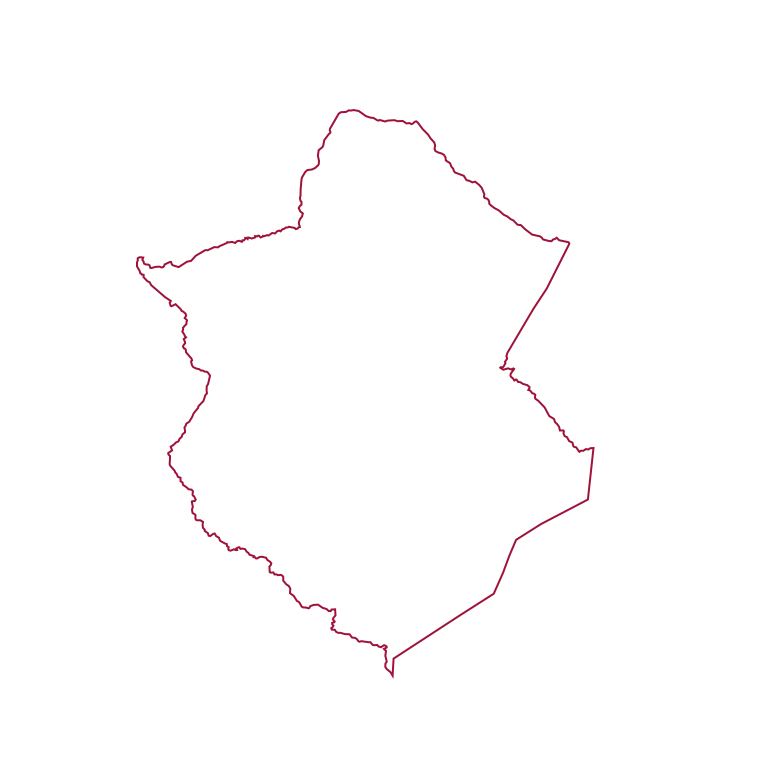 the district of Samburu East, Rift Valley, Kenya, rotated 60°
{"feature_id": "3690345B82723098757823", "entity_name": "Samburu East", "entity_type": "district", "adm_level": 2, "iso_a3": "KEN", "parent_name": "Kenya", "parent_adm1": "Rift Valley", "projection": "orthographic", "projection_center": [37.446, 1.109], "detail": "fine", "context": "isolated", "style": "outline", "palette": "rose", "viewbox_px": 768, "rotation_deg": 60, "n_neighbors": 0, "source": "geoboundaries", "source_scale": "gbopen_adm2", "svg_char_len": 6153}
<svg xmlns="http://www.w3.org/2000/svg" viewBox="0 0 768 768"><g transform="rotate(60 384 384)"><path d="M640.9,522.4L626.6,513.0L622.3,433.9L620.5,393.8L607.0,375.3L595.3,361.2L585.0,347.5L583.8,318.0L586.0,265.2L544.2,234.6L542.8,237.4L542.8,240.0L541.3,241.6L541.5,244.6L540.1,247.2L540.5,248.6L539.8,248.9L535.0,249.2L533.5,250.8L532.5,251.1L529.0,250.1L526.0,252.2L521.6,252.1L519.4,253.6L516.3,253.2L515.0,251.9L514.0,251.8L512.2,254.9L508.7,253.8L505.7,254.0L502.7,254.9L499.2,254.3L494.4,256.9L484.6,256.6L475.9,258.7L472.3,260.3L471.1,260.0L469.0,258.4L467.3,259.0L466.2,260.2L462.7,260.7L461.3,262.0L460.1,259.9L459.3,259.5L456.6,260.5L453.4,263.6L450.5,265.1L449.2,266.9L446.5,267.0L446.1,267.4L446.1,269.4L443.7,269.5L441.0,270.5L439.8,270.2L438.4,269.1L436.1,263.8L435.2,264.2L435.0,266.6L432.5,268.7L431.3,273.5L428.0,275.2L427.8,274.7L428.9,272.5L428.4,271.2L426.7,268.4L425.3,268.2L423.7,264.8L422.9,264.3L421.2,264.2L418.7,261.5L393.6,217.0L382.7,195.3L356.3,155.0L354.9,153.2L354.2,153.2L353.4,153.4L347.0,160.5L343.7,161.3L343.9,163.3L343.4,165.5L344.1,167.5L342.7,169.6L338.3,174.0L335.7,174.3L333.9,175.3L328.7,181.0L320.8,184.3L314.7,186.1L313.3,188.2L312.3,188.9L307.2,190.1L304.5,191.9L300.6,193.4L297.3,195.7L291.0,197.8L287.2,200.2L282.9,202.1L280.4,202.7L278.6,201.7L276.7,201.5L274.7,202.3L273.3,203.8L271.8,203.8L269.8,202.2L263.0,201.3L259.2,202.0L254.3,204.0L253.6,206.6L250.6,208.6L248.8,210.6L243.6,210.8L236.4,216.7L234.5,217.0L232.2,216.4L229.6,217.0L225.8,216.4L221.3,218.7L218.4,217.4L215.5,217.5L213.3,218.8L210.0,221.8L207.7,223.0L205.6,222.6L202.9,220.4L199.9,219.7L194.5,220.9L190.1,221.1L182.5,223.1L174.7,224.0L172.7,224.7L172.3,226.2L172.9,229.0L172.6,230.4L170.8,231.4L169.6,234.2L165.5,236.3L163.3,240.7L160.7,243.1L157.7,249.2L157.2,251.8L153.2,255.7L153.2,256.8L152.5,257.8L148.3,260.1L146.5,262.6L143.0,265.7L134.9,269.4L131.6,273.3L130.7,275.8L129.4,277.8L129.4,280.8L127.1,285.4L127.2,288.0L135.9,303.1L136.9,304.0L139.2,304.5L139.7,305.1L140.0,306.9L143.0,313.9L146.7,317.0L148.1,318.8L148.8,323.6L153.2,327.1L158.2,328.7L160.9,330.5L161.6,331.5L162.5,335.6L162.2,339.1L160.4,343.5L161.0,346.2L164.1,351.7L165.5,353.1L173.8,358.9L179.1,362.1L181.2,364.0L183.6,364.7L185.1,364.4L186.9,365.5L187.6,366.1L187.8,367.8L189.0,369.9L192.7,370.2L195.7,369.0L198.0,371.3L199.0,373.9L200.9,376.4L202.2,377.4L206.0,378.4L205.6,379.6L206.2,381.1L205.7,383.0L204.2,383.3L200.2,387.9L200.3,389.0L199.4,391.1L199.7,392.9L199.2,394.9L200.1,397.2L198.7,398.1L198.3,400.3L199.2,403.0L197.3,405.4L197.7,409.3L197.4,410.2L196.7,410.6L196.0,414.1L195.2,414.7L195.7,415.5L195.3,417.7L193.1,418.1L192.6,418.8L192.8,419.8L191.5,421.7L192.4,421.9L192.6,422.5L191.9,425.7L189.2,428.4L190.3,429.6L188.6,430.2L188.1,431.1L188.8,431.4L189.3,432.6L189.5,433.8L188.8,434.7L189.8,435.8L189.5,436.4L187.9,437.3L187.1,439.0L186.9,440.3L187.5,442.3L184.9,444.6L183.8,447.6L182.8,448.8L183.3,449.6L182.4,457.7L182.7,459.4L180.6,462.5L180.0,469.8L178.7,472.0L178.8,482.9L180.9,489.5L179.6,493.4L180.1,503.4L175.5,507.6L174.1,507.9L171.8,507.4L171.3,508.2L170.8,514.2L172.1,515.7L172.3,517.0L171.9,518.3L170.1,519.8L168.4,523.2L167.3,527.3L166.6,528.3L164.0,527.7L162.7,528.5L161.2,530.7L159.7,531.6L157.7,531.0L155.7,531.2L154.1,529.3L152.2,531.9L151.8,533.9L152.5,534.9L153.6,535.2L155.3,537.2L158.6,539.1L163.9,539.1L166.4,539.7L167.3,538.9L168.2,539.0L169.3,537.6L171.3,538.8L176.7,537.5L178.6,536.1L182.0,536.2L199.0,530.3L205.5,527.1L206.5,529.0L209.6,529.7L210.4,529.2L210.7,524.6L217.4,522.7L219.6,522.7L220.9,521.7L223.8,520.7L226.0,521.2L227.2,523.6L230.3,522.7L231.6,524.1L233.2,525.0L234.7,529.8L236.6,530.9L237.9,532.5L241.3,532.2L243.1,532.5L244.6,532.1L245.0,535.0L248.1,535.3L249.4,535.9L249.8,537.5L251.0,539.4L253.2,539.4L253.9,538.7L255.1,538.5L257.6,539.6L265.8,538.0L267.6,538.4L267.9,539.7L268.5,540.0L271.8,540.9L273.9,540.8L276.8,538.8L278.8,536.6L280.8,535.8L281.8,534.1L283.3,533.4L284.9,531.3L286.1,530.8L289.8,530.5L296.0,536.3L297.3,538.6L300.7,540.8L303.6,542.0L304.4,544.4L308.4,548.8L310.5,555.9L311.8,557.0L314.1,563.3L316.8,566.9L319.3,571.6L319.5,575.0L321.2,577.0L321.8,578.5L325.5,579.9L326.4,580.6L326.8,583.6L328.7,585.8L329.2,588.4L330.9,590.7L330.6,593.3L331.5,596.6L331.6,600.0L335.6,600.8L335.9,605.4L337.2,605.9L339.5,605.3L346.4,609.8L347.9,610.0L354.3,608.7L356.2,609.0L358.0,608.5L361.4,608.9L363.4,607.1L366.5,608.8L368.5,607.7L370.8,608.5L375.3,606.4L377.3,606.0L379.3,603.5L381.3,603.1L384.2,605.2L385.3,605.2L386.2,604.6L390.0,604.9L390.7,606.5L389.6,608.8L389.8,609.3L394.8,611.0L396.9,613.2L400.1,614.3L402.0,613.1L403.4,612.8L405.6,614.3L407.3,614.8L408.4,614.2L410.2,611.2L412.9,609.7L415.4,611.6L418.1,612.7L420.5,612.1L421.7,612.7L425.0,611.1L427.7,611.7L428.8,610.5L428.4,606.8L428.8,605.4L431.8,605.4L434.6,603.8L437.4,604.3L438.5,604.0L442.7,601.4L443.9,600.2L446.0,601.0L447.7,600.1L449.2,601.5L450.4,601.5L451.7,600.0L452.1,596.7L454.0,595.1L454.3,594.2L452.6,594.2L452.6,591.9L453.1,590.9L455.0,590.8L455.8,588.8L457.6,586.9L460.5,586.8L462.4,585.9L464.7,585.8L468.0,582.7L468.8,583.5L469.6,582.3L471.0,582.1L471.7,581.0L471.6,578.3L472.5,576.2L475.5,573.0L478.0,573.0L480.8,571.6L482.9,571.2L484.2,572.6L484.8,574.5L489.7,577.0L490.8,576.3L491.9,574.0L494.2,574.0L495.0,572.4L496.5,571.5L497.8,568.6L499.9,567.7L500.7,567.7L503.9,569.6L508.6,568.8L511.4,567.4L514.4,567.5L518.2,570.0L522.5,568.1L528.3,567.9L530.1,566.8L531.4,566.5L535.7,566.6L537.0,565.8L538.7,563.2L540.4,561.7L540.6,560.7L539.6,559.1L539.7,558.1L540.2,555.3L542.1,551.5L547.1,549.1L550.1,546.3L553.0,545.4L554.0,543.8L553.1,542.2L554.7,539.0L560.1,541.7L561.4,545.0L562.5,546.0L565.0,545.5L565.5,546.2L564.9,548.3L566.4,549.0L568.0,548.6L568.8,549.9L569.1,551.8L570.6,552.0L572.3,549.5L574.7,549.4L576.6,548.1L577.6,546.3L581.1,542.8L583.6,538.9L587.5,538.5L589.5,535.9L591.5,535.0L594.0,534.8L595.0,534.0L595.4,532.2L600.2,526.1L600.7,524.9L604.2,524.3L605.4,523.0L606.6,520.4L608.6,520.0L610.4,518.2L610.2,514.5L612.3,513.0L613.5,513.4L613.4,516.5L616.1,515.7L620.0,518.7L625.9,520.5L626.7,522.4L629.5,524.3L632.1,524.2L636.6,522.5L640.9,522.4Z" fill="none" stroke="#9f1239" stroke-width="2"/></g></svg>